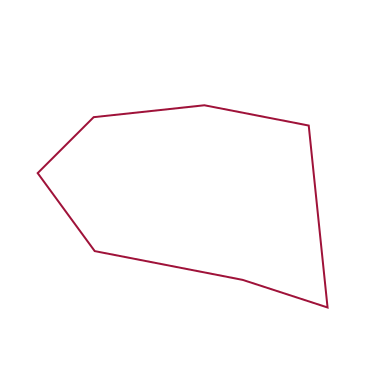 the border of Mdina, rotated 11°
{"feature_id": "MLT-5921", "entity_name": "Mdina", "entity_type": "state/province", "adm_level": 1, "iso_a3": "MLT", "parent_name": "Malta", "parent_adm1": "", "projection": "orthographic", "projection_center": [14.407, 35.882], "detail": "fine", "context": "isolated", "style": "outline", "palette": "rose", "viewbox_px": 384, "rotation_deg": 11, "n_neighbors": 0, "source": "natural_earth", "source_scale": "10m", "svg_char_len": 258}
<svg xmlns="http://www.w3.org/2000/svg" viewBox="0 0 384 384"><g transform="rotate(11 192 192)"><path d="M36.9,202.9L81.2,137.3L187.6,104.5L293.9,104.5L347.1,279.5L258.5,268.6L107.8,268.6L36.9,202.9Z" fill="none" stroke="#9f1239" stroke-width="2"/></g></svg>